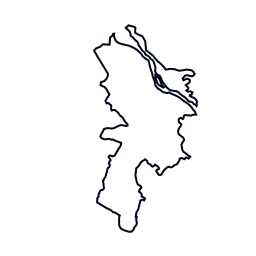 Markz Maghagha, Al Minya, Egypt (orthographic projection), rotated 300°
{"feature_id": "37247803B21152276423955", "entity_name": "Markz Maghagha", "entity_type": "district", "adm_level": 2, "iso_a3": "EGY", "parent_name": "Egypt", "parent_adm1": "Al Minya", "projection": "orthographic", "projection_center": [30.801, 28.641], "detail": "fine", "context": "isolated", "style": "outline", "palette": "ink", "viewbox_px": 256, "rotation_deg": 300, "n_neighbors": 0, "source": "geoboundaries", "source_scale": "gbopen_adm2", "svg_char_len": 5942}
<svg xmlns="http://www.w3.org/2000/svg" viewBox="0 0 256 256"><g transform="rotate(300 128 128)"><path d="M178.2,59.8L174.8,65.5L165.2,83.2L163.7,84.2L162.7,84.4L161.4,84.7L160.4,84.8L158.3,84.4L157.4,84.1L156.4,83.8L155.5,82.8L154.1,81.7L152.2,82.6L151.4,82.8L151.5,85.3L151.8,87.4L150.5,90.5L149.2,92.6L147.9,95.1L146.5,95.1L146.0,95.1L145.0,95.0L144.4,94.9L140.3,94.9L139.5,95.9L138.6,97.1L139.7,98.1L139.2,102.2L137.0,103.4L135.9,103.8L135.0,105.1L135.8,105.8L137.1,107.7L136.8,109.2L136.5,111.3L134.9,114.8L134.3,118.3L132.0,122.2L131.3,124.7L131.0,125.7L130.3,126.1L130.0,126.4L128.9,125.7L128.2,123.7L128.0,123.0L127.3,120.7L126.4,119.9L124.9,118.5L123.1,117.5L122.7,117.3L120.5,115.5L119.4,114.2L118.2,111.4L117.7,110.4L117.5,110.1L117.3,109.8L116.5,109.0L115.8,108.3L114.8,107.6L114.3,107.7L112.7,108.1L110.6,107.8L109.7,107.9L106.9,108.2L106.0,110.3L106.3,113.0L107.2,114.5L109.2,116.9L109.5,119.2L110.2,120.3L110.6,121.0L110.6,123.4L111.0,125.5L111.4,127.9L111.8,129.3L111.5,129.6L111.1,130.0L110.0,130.3L109.1,130.4L107.7,130.4L107.4,130.4L107.0,130.4L105.6,130.2L105.3,130.1L105.0,130.2L103.9,130.4L102.9,130.3L101.8,130.2L101.1,130.2L98.0,130.3L97.1,130.0L95.7,128.8L95.6,127.2L94.8,125.8L93.7,125.6L92.8,126.2L92.1,128.3L91.2,129.1L89.4,128.7L87.7,129.1L87.6,129.5L87.0,130.9L86.3,131.1L85.0,131.3L83.2,130.6L81.2,131.0L79.8,131.7L79.2,131.8L78.1,131.8L76.1,132.5L74.0,132.9L72.6,132.6L70.9,133.0L69.5,132.7L67.8,134.5L66.1,135.5L64.8,136.6L63.8,137.3L63.1,137.3L62.0,137.0L61.3,136.3L59.9,135.3L58.5,135.4L56.8,135.7L55.5,135.8L53.7,136.9L53.4,136.5L51.7,136.6L48.1,138.5L47.9,149.0L48.3,154.8L47.6,156.9L48.3,159.0L48.1,164.6L46.5,164.9L44.8,165.8L40.1,168.5L38.4,170.1L37.3,172.6L37.6,176.5L38.7,180.9L40.1,183.0L43.2,183.6L45.4,183.2L47.1,183.6L48.9,183.7L51.1,182.6L51.6,181.7L52.7,181.1L54.4,179.9L54.7,180.3L55.4,180.0L55.5,179.2L55.3,178.9L59.5,177.4L60.3,177.5L62.6,177.6L66.4,176.5L68.2,175.9L71.2,175.0L72.9,176.0L73.3,176.7L73.3,178.1L74.8,178.1L75.4,178.1L75.7,177.0L75.6,173.9L76.6,173.5L77.6,172.8L78.3,170.7L78.3,169.3L81.0,168.9L82.7,169.5L83.8,168.5L84.1,166.7L84.0,164.7L86.0,162.2L90.1,158.6L91.8,157.5L93.1,157.1L94.8,156.4L97.2,155.3L99.3,156.0L101.4,156.3L103.8,156.2L104.8,156.5L106.2,156.8L106.6,157.0L108.0,157.9L109.0,158.5L109.4,158.5L109.1,160.9L107.4,162.7L107.5,166.2L106.8,167.6L106.8,168.6L108.6,169.6L109.6,169.6L109.7,172.7L109.0,174.5L108.0,175.2L107.7,175.2L106.3,173.9L104.9,173.9L104.2,175.3L103.2,177.1L102.9,178.8L104.3,180.2L107.1,180.1L109.9,180.4L111.9,181.0L113.7,181.7L115.1,183.0L115.1,184.4L116.2,185.8L119.0,186.8L121.1,188.5L124.2,188.7L126.2,188.7L127.2,188.0L129.0,189.7L129.1,191.8L129.4,192.8L131.1,192.7L131.5,193.1L131.9,195.2L131.9,195.9L134.3,196.2L134.3,195.1L134.6,192.3L134.9,190.6L135.2,187.8L136.5,185.7L138.5,184.2L139.9,182.8L141.9,182.4L145.4,182.7L146.7,181.6L147.4,179.9L147.7,176.7L148.3,174.6L150.3,172.9L152.7,172.4L154.8,172.4L156.2,172.7L157.2,172.3L157.9,172.3L158.5,169.2L159.3,168.6L160.2,167.8L161.6,167.7L163.0,168.4L163.3,169.8L163.4,170.1L163.0,170.8L163.7,171.2L166.5,170.4L167.5,170.7L168.6,172.8L169.7,175.2L170.4,176.6L171.5,177.1L173.7,180.3L174.5,179.3L175.6,178.0L176.2,176.3L176.6,174.9L177.9,172.2L178.5,170.1L179.1,167.2L179.1,165.4L179.4,161.7L179.8,159.7L180.1,156.0L180.0,152.9L179.6,150.6L179.5,148.4L179.3,145.8L178.6,145.3L177.9,144.6L177.5,143.3L176.9,141.4L176.6,140.0L177.0,137.7L177.1,136.3L177.0,134.7L177.9,131.9L178.5,130.5L180.1,129.3L182.5,126.8L185.0,123.7L187.3,121.7L191.4,117.0L194.3,114.4L196.2,112.6L196.7,111.7L196.8,110.1L196.9,107.9L197.4,105.0L198.1,103.8L199.0,101.6L199.7,98.6L200.2,96.3L200.3,94.2L200.1,90.6L199.8,87.8L198.7,84.3L197.8,81.4L197.4,80.0L197.1,77.8L197.0,75.7L197.3,74.0L198.6,72.2L200.0,70.4L201.6,69.3L202.8,68.9L202.3,68.1L201.7,68.1L199.6,68.2L197.6,67.3L191.1,70.2L190.9,70.3L187.9,64.4L184.7,63.4L181.2,60.7L178.2,59.8ZM185.5,174.6L186.8,172.0L187.1,170.3L186.7,167.8L186.7,165.4L187.4,165.1L188.8,166.4L191.2,166.0L190.8,163.6L189.3,161.5L189.6,159.8L191.0,160.5L192.8,160.4L193.4,159.0L194.0,156.6L196.1,157.6L198.2,158.5L200.3,157.8L200.6,156.1L200.2,154.7L199.8,154.0L197.1,152.3L198.0,150.6L199.8,150.9L201.8,151.2L203.6,153.2L204.0,155.6L204.8,157.7L206.5,158.7L208.2,158.7L209.5,156.2L209.8,154.5L208.7,151.4L207.7,149.3L206.2,147.6L204.8,145.9L203.1,143.5L202.3,139.7L202.3,139.0L201.2,136.9L200.5,135.2L197.4,131.4L198.4,129.5L199.2,127.1L200.0,124.3L200.5,120.8L202.0,116.3L203.2,113.3L203.7,109.3L204.4,104.9L204.8,104.5L211.9,99.4L214.7,94.5L214.3,91.6L213.9,88.6L214.2,86.4L218.5,84.3L218.7,82.8L217.1,77.1L215.5,76.7L215.2,76.7L214.7,76.4L213.8,75.9L213.7,76.0L213.3,76.8L213.1,77.6L212.9,79.3L212.5,80.9L211.6,82.0L211.0,82.8L210.3,83.4L209.4,84.1L209.1,84.7L209.0,86.3L208.9,87.1L208.4,88.5L207.8,90.0L207.6,91.2L207.3,93.1L206.9,93.8L205.7,95.1L204.4,96.7L204.1,97.9L202.2,101.6L201.9,103.2L201.7,104.6L201.6,104.9L200.5,106.2L200.3,107.4L200.3,109.0L200.3,109.3L200.3,109.9L200.3,110.4L200.1,111.3L199.3,112.6L199.2,113.3L199.2,113.9L199.1,115.3L198.1,117.3L197.1,118.3L195.0,120.7L193.3,122.0L191.3,122.8L190.1,123.8L189.2,125.7L188.9,127.7L189.0,128.6L188.9,129.5L188.5,130.5L187.5,132.0L186.5,132.9L185.4,134.7L184.3,136.9L183.3,139.9L182.5,141.4L181.9,144.3L181.9,146.0L182.8,148.2L183.1,149.7L184.0,151.0L184.1,154.3L183.6,155.3L183.5,157.7L183.2,158.6L183.2,159.8L183.1,161.8L182.6,163.7L182.2,164.9L182.0,166.0L181.7,166.6L181.6,167.7L181.7,168.3L182.2,169.4L182.4,170.7L182.3,171.5L181.7,172.6L181.8,175.7L181.4,176.5L181.5,176.5L183.4,175.2L185.5,174.6ZM180.7,138.5L181.4,138.8L181.4,138.2L181.6,137.1L182.1,136.2L182.7,135.0L183.7,134.0L183.9,133.5L185.3,132.1L185.7,131.3L186.4,130.4L186.8,129.4L186.9,128.3L187.3,126.8L187.5,125.9L187.5,125.2L187.2,125.4L186.2,125.8L185.3,126.5L185.1,127.0L183.6,128.5L183.5,128.9L183.3,129.2L182.4,129.9L182.0,130.6L181.5,131.3L180.6,132.9L180.6,133.1L180.7,138.5Z" fill="none" stroke="#020617" stroke-width="2"/></g></svg>